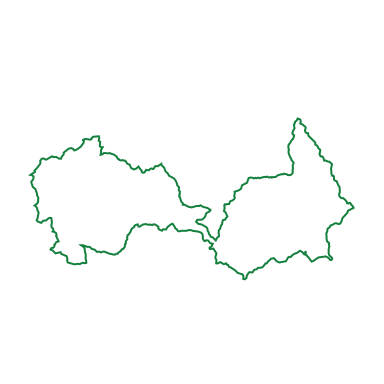 outline of Chota, Cajamarca, Peru, rotated 5°
{"feature_id": "86281439B88377451939403", "entity_name": "Chota", "entity_type": "district", "adm_level": 2, "iso_a3": "PER", "parent_name": "Peru", "parent_adm1": "Cajamarca", "projection": "orthographic", "projection_center": [-78.849, -6.383], "detail": "fine", "context": "isolated", "style": "outline", "palette": "green", "viewbox_px": 384, "rotation_deg": 5, "n_neighbors": 0, "source": "geoboundaries", "source_scale": "gbopen_adm2", "svg_char_len": 6048}
<svg xmlns="http://www.w3.org/2000/svg" viewBox="0 0 384 384"><g transform="rotate(5 192 192)"><path d="M354.4,193.7L353.0,191.7L351.8,190.9L350.7,189.2L350.1,189.0L348.5,189.9L347.4,189.6L346.8,187.9L345.7,186.8L343.1,184.9L341.2,185.1L339.1,183.2L338.7,181.1L339.3,179.2L338.6,174.2L337.3,172.8L335.2,168.7L333.3,168.1L332.4,167.3L332.1,164.2L331.5,163.5L330.4,163.7L329.3,161.7L328.5,156.3L329.1,152.2L326.3,149.9L325.1,150.0L322.5,149.0L320.9,149.2L319.8,146.2L318.6,145.2L317.3,145.4L316.6,144.8L315.6,142.7L316.1,141.3L316.0,138.7L313.9,137.2L313.5,136.0L312.2,134.7L310.7,134.1L310.4,131.9L303.1,125.8L302.5,123.3L301.5,123.4L300.0,122.7L299.1,120.9L299.7,118.2L299.2,117.2L296.0,115.0L293.9,114.4L294.2,112.5L293.8,110.7L292.8,110.0L292.0,110.1L290.9,109.6L290.0,111.7L288.3,113.4L288.5,114.3L287.7,116.1L288.6,119.7L287.5,121.8L286.8,124.6L287.6,125.9L288.8,126.6L288.6,128.3L287.9,130.6L286.8,131.5L285.1,135.4L284.2,136.1L284.0,139.0L284.9,141.7L284.6,142.8L285.0,145.3L287.0,149.1L287.9,150.0L288.2,151.3L290.7,154.0L290.0,157.1L290.6,159.8L290.2,161.8L290.7,163.4L290.4,164.6L289.3,166.1L287.8,166.7L286.0,166.8L285.2,166.2L282.1,165.7L281.1,166.5L279.9,166.4L276.0,167.9L274.0,169.8L271.2,170.1L270.3,170.8L269.4,170.2L267.6,170.9L265.7,170.1L264.6,170.6L262.7,170.6L258.0,172.4L256.6,171.9L255.2,172.7L253.9,172.4L252.7,173.1L250.7,172.5L248.7,172.6L247.2,173.2L246.0,178.0L241.3,180.9L240.6,184.4L238.6,186.2L234.4,188.0L234.8,189.4L234.4,192.5L235.2,194.1L234.6,195.4L233.2,196.8L230.9,197.9L230.0,200.7L227.9,201.0L227.1,201.5L225.9,201.3L225.3,202.2L225.9,205.3L225.5,208.2L227.2,209.4L229.4,213.3L227.8,215.5L227.4,216.7L225.7,217.0L225.1,217.6L224.7,221.6L223.8,222.9L223.2,226.2L222.1,227.7L222.1,230.5L222.8,233.7L220.8,235.6L219.9,238.2L216.9,235.6L214.4,234.8L213.7,233.3L212.6,232.5L211.9,230.3L211.0,229.4L210.5,227.1L209.4,225.8L204.5,223.5L201.1,223.2L198.7,221.3L199.6,219.3L204.1,218.7L205.5,217.7L207.3,215.3L207.8,212.6L208.3,211.7L211.0,209.9L211.8,209.0L211.9,208.0L210.5,207.7L209.0,206.6L204.5,205.9L201.5,204.5L200.6,205.3L197.6,205.6L192.9,207.4L189.8,207.0L185.4,205.3L184.0,205.5L184.1,204.4L181.9,202.2L180.5,198.3L179.6,197.7L179.9,196.9L179.6,196.0L180.1,195.3L179.7,194.2L180.0,192.9L178.7,191.2L178.7,188.5L176.6,186.4L176.5,185.3L174.6,181.9L172.9,180.1L167.6,177.7L166.5,175.9L163.7,173.6L162.2,170.2L159.3,167.9L159.0,166.6L155.8,169.2L153.0,169.5L152.0,171.8L151.1,172.6L149.8,172.0L148.3,172.7L147.3,173.9L145.7,174.2L144.4,173.9L142.9,176.7L141.0,177.1L140.2,176.4L140.0,175.1L138.1,173.4L136.5,171.3L134.4,173.5L132.2,174.6L129.1,173.3L127.6,170.3L125.0,169.4L122.8,166.6L121.3,166.7L120.2,166.2L118.9,166.8L116.8,166.4L116.6,165.8L115.1,165.4L114.1,163.5L111.0,161.5L107.8,160.9L106.8,160.3L105.7,160.8L100.9,160.8L99.6,162.1L97.7,162.9L98.0,160.1L97.6,158.3L99.1,155.2L97.4,155.2L96.1,154.4L96.2,150.0L94.6,149.1L94.9,146.4L94.4,144.6L88.6,145.6L87.2,147.4L87.2,148.1L86.3,148.7L81.4,148.4L78.9,149.5L78.9,150.0L79.8,150.5L79.7,152.4L77.4,156.4L74.0,159.4L71.4,160.8L70.9,160.8L69.8,159.4L67.7,158.8L65.2,159.7L60.8,163.9L60.9,165.7L59.0,168.4L58.7,170.2L56.9,170.4L53.6,168.9L51.1,169.3L49.5,168.6L44.1,172.4L43.2,172.4L41.2,171.5L39.4,172.0L38.0,174.3L38.4,175.4L38.4,177.1L34.5,183.0L33.2,184.3L33.9,185.6L29.6,189.0L31.1,189.2L32.8,190.3L32.8,192.9L31.0,195.9L31.1,196.5L33.0,200.9L35.7,202.7L37.7,207.0L37.8,208.5L39.4,211.1L39.5,215.4L38.6,217.2L36.4,219.2L37.4,219.6L38.9,221.3L39.9,224.2L41.0,225.9L40.4,231.8L39.7,233.7L40.6,234.7L44.5,235.9L46.2,233.6L49.0,233.1L51.4,230.7L52.7,230.1L54.1,230.2L55.1,234.3L54.8,238.0L55.5,239.7L56.7,240.5L57.3,242.1L56.6,243.5L58.5,243.8L60.1,244.8L60.9,246.7L60.4,247.5L63.4,252.8L61.1,253.8L60.2,255.7L59.5,256.3L59.8,257.3L59.4,258.6L58.7,259.6L56.8,260.1L56.1,261.7L58.3,262.4L61.3,265.0L66.3,263.4L67.2,265.1L72.6,266.8L73.8,269.7L73.5,270.9L74.3,273.0L81.0,274.3L84.9,273.5L86.5,273.6L89.2,272.0L90.9,272.3L92.8,271.9L92.8,270.5L91.8,267.6L91.6,263.4L90.4,260.3L89.9,257.4L88.8,256.1L86.2,254.7L87.6,254.5L92.7,255.8L94.9,255.6L97.3,257.5L100.0,257.9L102.5,259.9L104.8,259.6L106.8,260.1L108.5,259.2L109.8,259.0L114.5,260.5L119.3,261.2L120.9,261.0L121.8,260.2L123.4,259.9L124.1,258.6L126.3,256.9L126.6,256.0L127.6,254.8L128.5,254.7L129.8,252.5L129.8,249.7L130.5,249.4L130.4,246.9L131.7,244.5L131.3,242.8L131.7,240.5L132.4,240.2L134.4,236.7L134.6,235.0L135.3,233.7L137.5,231.9L137.6,230.7L138.7,229.8L140.7,229.0L141.6,231.0L142.6,231.2L145.9,228.7L148.7,228.0L151.7,228.5L153.1,228.0L155.1,228.5L156.3,227.6L158.3,227.6L161.6,229.6L161.5,231.0L162.5,232.2L165.5,233.2L166.4,231.7L169.3,231.6L170.9,228.8L173.8,226.1L175.4,225.3L177.6,227.9L178.5,229.7L180.3,230.6L180.8,231.6L181.6,232.1L182.9,232.3L184.6,231.6L190.2,231.1L191.8,230.2L195.1,230.2L196.4,230.7L201.9,230.9L204.7,231.7L205.9,232.9L206.7,235.0L206.8,237.4L208.1,239.4L209.2,239.8L210.5,238.8L212.4,239.0L214.6,241.4L217.2,241.8L216.4,244.2L214.4,245.9L214.5,246.9L214.8,247.3L218.2,246.5L221.7,251.0L220.9,255.2L222.3,257.8L222.3,260.9L223.7,261.0L226.2,259.4L230.1,261.2L232.3,260.1L233.3,261.4L234.4,261.6L235.5,263.5L236.9,263.6L242.1,266.5L244.5,268.6L249.7,269.7L250.6,271.6L250.6,274.1L252.1,274.4L253.7,273.0L253.9,270.5L255.7,267.2L256.5,266.8L259.2,266.9L260.8,264.1L263.2,263.3L264.2,261.9L268.1,261.2L269.5,259.9L271.5,256.7L272.7,256.6L273.6,254.8L276.7,251.5L279.4,250.8L282.2,253.5L285.1,254.6L291.6,252.8L293.6,248.6L294.6,248.1L295.9,248.3L297.8,245.8L300.7,243.9L301.6,243.8L304.7,241.1L307.2,242.3L309.2,244.3L310.0,243.4L310.0,242.1L310.6,241.0L310.5,243.7L311.0,244.8L312.1,245.3L312.7,246.4L313.5,246.7L317.2,250.9L318.8,250.2L323.6,246.2L330.9,244.5L333.6,245.7L335.7,247.7L336.9,247.5L337.5,246.3L336.9,245.1L334.4,243.2L333.5,241.4L333.1,236.8L333.6,234.1L332.9,232.6L333.1,231.2L332.6,230.4L331.4,230.0L330.4,228.2L329.4,221.5L330.1,219.8L330.3,216.7L332.2,215.1L332.9,213.3L334.9,212.4L336.5,211.1L338.1,210.5L341.0,211.2L342.4,210.6L343.7,207.6L344.1,205.0L348.4,199.4L349.1,197.0L354.4,193.7Z" fill="none" stroke="#15803d" stroke-width="2"/></g></svg>